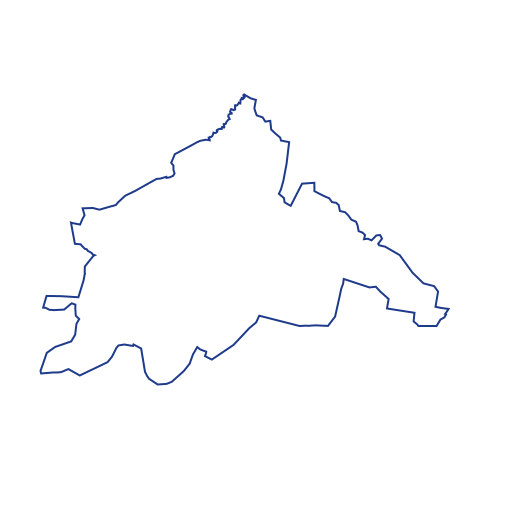 Dawakin Tofa, Kano, Nigeria, rotated 191°
{"feature_id": "59680162B97642938083661", "entity_name": "Dawakin Tofa", "entity_type": "district", "adm_level": 2, "iso_a3": "NGA", "parent_name": "Nigeria", "parent_adm1": "Kano", "projection": "orthographic", "projection_center": [8.393, 12.142], "detail": "fine", "context": "isolated", "style": "outline", "palette": "blue", "viewbox_px": 512, "rotation_deg": 191, "n_neighbors": 0, "source": "geoboundaries", "source_scale": "gbopen_adm2", "svg_char_len": 3658}
<svg xmlns="http://www.w3.org/2000/svg" viewBox="0 0 512 512"><g transform="rotate(191 256 256)"><path d="M285.9,409.2L291.5,409.8L298.5,412.3L299.1,411.5L298.9,410.9L298.7,410.4L297.7,410.5L297.4,409.8L297.7,409.0L298.3,408.4L299.5,408.4L298.8,407.6L299.0,407.3L300.6,407.1L300.9,406.6L300.8,404.8L300.5,402.7L301.1,402.7L302.1,403.1L302.3,402.4L303.3,400.3L304.2,399.8L305.1,400.1L305.3,399.4L305.1,398.4L304.7,397.1L304.4,395.8L304.7,395.5L305.3,395.4L306.1,394.8L306.8,395.2L308.0,395.4L308.5,395.4L308.8,393.8L309.0,392.6L308.1,392.0L307.2,391.7L307.0,391.2L308.5,390.6L309.0,390.4L309.4,389.9L309.9,389.3L310.0,388.9L309.8,387.4L309.1,386.9L308.7,386.6L308.4,386.0L308.0,385.3L308.8,384.9L309.2,384.5L309.8,383.4L310.5,382.1L310.8,381.1L310.9,380.0L311.5,379.6L312.2,379.5L312.6,379.6L312.9,379.3L311.7,376.5L311.9,376.0L312.5,376.0L313.3,376.2L313.8,376.3L314.0,376.0L314.1,375.3L313.8,374.3L314.1,374.1L315.2,373.9L316.1,373.9L317.8,372.7L318.4,372.2L318.5,371.6L317.7,371.2L317.8,370.6L318.6,369.4L319.6,368.9L320.5,368.9L321.3,369.0L321.4,367.0L321.9,365.3L322.8,364.2L323.8,364.2L324.2,363.4L325.0,363.2L324.6,362.1L323.7,361.5L323.5,360.7L325.2,360.8L327.6,360.5L332.8,358.4L336.1,356.0L340.0,352.7L355.1,340.5L357.0,331.3L354.3,329.0L353.5,324.9L351.7,321.5L352.6,319.0L355.6,316.8L358.7,315.6L359.1,316.6L365.0,313.6L366.5,313.2L368.0,312.9L370.1,311.2L382.5,300.7L387.2,296.7L395.8,290.3L399.0,286.0L401.8,282.1L403.3,279.3L406.7,277.6L408.0,277.0L418.5,271.6L425.4,272.0L435.3,269.7L433.1,265.3L432.1,263.3L432.7,261.4L433.4,259.3L434.7,253.3L442.7,253.3L444.0,253.5L441.0,245.8L436.1,233.4L430.3,234.0L429.1,232.9L425.4,230.4L423.4,230.3L422.2,229.0L418.1,227.7L416.7,226.4L414.5,226.0L415.6,225.2L422.0,213.1L421.2,208.1L420.9,206.8L420.8,206.7L420.6,206.4L420.5,205.6L420.7,205.4L420.6,199.2L422.5,181.6L439.5,179.4L454.0,176.8L455.1,164.7L452.7,165.0L448.5,163.8L444.1,164.3L434.1,166.8L427.9,174.4L424.0,173.8L423.4,170.1L421.5,163.0L417.5,160.4L419.3,155.2L418.5,144.3L421.1,136.9L435.8,128.4L442.9,121.0L444.5,109.5L445.6,102.1L444.5,99.7L433.1,102.9L430.1,103.5L428.0,103.9L426.8,104.4L425.2,104.8L418.6,109.2L406.2,105.1L381.4,123.5L378.2,129.6L376.6,135.1L375.6,138.9L374.0,141.9L368.4,144.0L359.6,144.2L359.4,145.8L351.1,143.3L342.9,121.2L339.9,117.3L337.6,115.1L328.0,111.1L319.4,113.4L314.7,116.4L307.4,126.0L304.8,129.5L300.5,137.8L300.2,140.2L299.1,147.4L297.6,151.6L296.3,155.4L293.1,153.7L290.5,153.2L286.6,152.6L286.5,151.2L287.0,148.0L279.6,145.9L261.2,164.3L253.2,176.9L248.9,183.8L243.2,190.8L241.4,198.0L199.7,195.6L194.5,197.0L191.1,197.5L184.3,199.3L172.0,201.1L166.8,211.6L166.2,232.2L166.1,240.0L165.2,245.5L165.5,250.2L138.7,246.8L132.5,248.7L126.9,244.6L117.6,239.1L117.4,229.5L113.8,229.6L89.6,230.5L88.8,221.9L88.3,221.6L84.5,219.5L84.1,219.1L83.3,218.3L83.2,218.3L65.4,221.7L62.8,228.8L59.3,231.8L58.3,234.8L59.3,235.1L58.9,236.0L58.0,237.9L56.9,240.8L62.9,240.4L65.4,240.3L70.1,240.4L70.5,255.8L71.0,256.3L75.4,260.4L86.4,261.1L99.2,269.5L115.1,284.3L131.0,289.8L137.1,290.0L138.4,291.3L135.6,297.1L138.1,300.2L139.5,299.9L141.8,299.1L143.7,296.2L145.6,293.4L149.4,294.3L153.2,293.1L152.9,297.3L155.9,299.3L160.0,300.0L162.0,305.1L164.3,308.7L169.4,309.9L173.0,313.3L176.9,316.0L182.2,316.2L184.6,321.8L187.4,323.5L191.7,323.4L195.2,326.7L199.3,327.5L205.3,329.1L211.0,330.8L212.7,339.0L224.6,335.8L231.5,311.9L234.4,312.8L238.2,314.2L239.6,318.2L245.4,321.4L244.2,326.2L243.7,332.5L243.5,334.6L243.6,352.5L245.2,374.1L253.5,374.1L254.9,376.9L260.3,379.9L265.2,383.0L267.8,391.4L272.5,389.7L275.9,393.3L282.1,394.2L284.5,398.1L285.8,400.7L285.9,409.2Z" fill="none" stroke="#1e3a8a" stroke-width="2"/></g></svg>